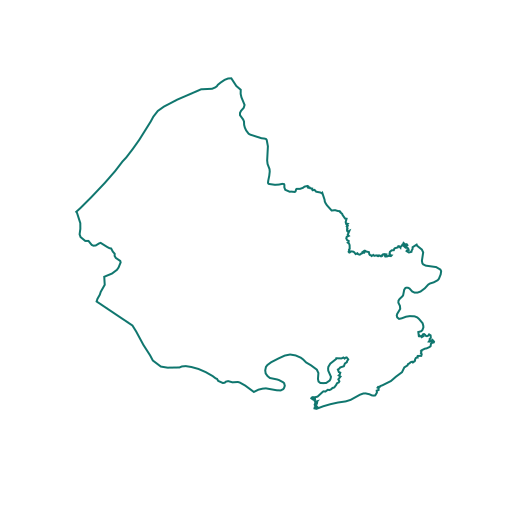 outline of Thoulakhom, Vientiane, Laos, rotated 247°
{"feature_id": "54806243B19850954629179", "entity_name": "Thoulakhom", "entity_type": "district", "adm_level": 2, "iso_a3": "LAO", "parent_name": "Laos", "parent_adm1": "Vientiane", "projection": "equal_earth", "projection_center": [102.616, 18.346], "detail": "fine", "context": "isolated", "style": "outline", "palette": "teal", "viewbox_px": 512, "rotation_deg": 247, "n_neighbors": 0, "source": "geoboundaries", "source_scale": "gbopen_adm2", "svg_char_len": 6093}
<svg xmlns="http://www.w3.org/2000/svg" viewBox="0 0 512 512"><g transform="rotate(247 256 256)"><path d="M183.3,142.0L183.3,144.6L182.1,148.3L179.1,153.1L174.5,158.9L168.7,164.4L162.4,169.2L159.2,171.0L158.1,172.1L155.8,172.4L152.0,175.9L151.6,177.7L152.1,179.2L151.7,181.5L148.9,185.0L147.1,190.1L145.9,191.6L141.0,195.4L131.7,200.9L132.0,206.0L131.3,210.3L130.3,213.4L124.3,222.6L122.6,226.2L122.8,229.1L123.6,230.3L125.3,231.8L127.9,232.2L129.2,231.6L132.8,228.7L134.1,227.2L138.3,221.1L141.0,219.7L144.1,219.0L147.1,219.8L150.0,221.8L151.2,223.9L152.3,228.5L152.9,236.6L153.1,243.6L152.0,248.9L149.0,253.6L144.9,257.5L142.3,259.0L138.5,260.5L133.9,263.9L127.6,267.6L123.9,267.7L118.6,265.0L116.0,264.5L114.0,265.6L112.7,268.2L111.7,271.0L112.6,275.2L113.7,276.5L115.5,277.8L122.2,277.7L124.2,278.4L125.7,279.3L127.9,282.3L129.9,289.6L130.5,290.0L128.3,294.7L128.4,296.8L127.0,297.5L127.4,298.7L127.2,299.8L124.8,300.5L123.4,298.5L122.7,298.1L122.3,295.8L120.2,293.8L120.5,290.0L119.7,288.4L119.5,287.0L116.8,286.9L115.7,288.0L114.2,286.8L113.7,285.5L112.0,286.7L110.3,283.6L108.1,283.8L107.3,282.8L107.2,280.8L106.1,279.6L104.5,276.8L104.4,275.8L104.7,274.9L104.0,273.3L103.9,271.2L104.8,269.8L104.1,266.9L105.0,265.4L105.0,264.7L102.5,257.7L103.0,254.9L104.0,252.8L103.8,251.8L103.4,251.3L101.8,252.3L101.9,253.7L101.3,254.5L100.9,254.4L100.1,253.3L99.4,253.7L98.7,253.5L98.4,255.5L97.3,253.2L96.8,253.3L96.8,254.7L96.2,254.3L96.6,252.3L96.2,251.9L95.8,251.9L95.3,252.7L93.4,253.3L93.3,252.4L94.0,252.0L93.9,251.0L92.9,250.3L91.7,251.9L91.4,259.2L90.5,266.7L89.1,274.2L87.1,281.8L86.6,286.9L87.7,297.5L87.5,301.1L86.7,303.2L84.4,306.4L82.4,308.2L81.4,310.0L81.1,311.3L83.0,313.9L84.9,314.5L84.7,316.4L86.4,317.3L87.3,316.5L87.8,317.3L87.2,318.9L87.7,319.6L87.6,321.9L88.2,331.4L90.2,337.6L92.0,345.0L95.5,349.0L96.1,352.7L97.1,353.7L97.2,355.2L97.8,356.8L97.7,358.2L96.7,358.7L96.7,359.1L97.3,359.4L97.0,360.6L97.5,361.5L98.5,361.9L99.6,363.2L99.7,364.4L99.4,365.1L100.6,365.5L100.8,365.9L99.5,369.1L100.9,370.2L102.1,369.8L103.2,370.9L104.1,370.7L104.5,371.4L104.7,375.3L104.3,376.9L104.4,380.0L104.7,381.4L106.9,382.8L107.1,383.7L108.0,384.7L107.1,385.2L107.0,385.9L107.6,386.4L109.9,385.6L109.2,383.5L109.3,382.4L109.7,381.7L110.5,383.0L111.7,383.4L112.0,384.5L112.6,385.0L114.7,385.7L116.2,384.7L115.4,383.4L115.4,382.0L116.6,380.7L117.3,380.9L118.5,380.2L118.7,379.2L118.2,378.5L116.8,378.5L116.6,377.1L117.7,377.3L117.6,376.2L118.5,374.6L118.8,374.6L119.1,375.4L120.1,375.0L122.6,375.7L122.2,378.7L122.8,380.2L124.9,382.2L126.3,382.7L129.0,383.1L134.5,381.4L136.5,380.4L138.5,378.4L140.6,374.0L141.5,370.4L141.7,365.8L142.2,363.1L144.3,362.0L146.2,362.3L147.5,363.3L151.0,368.1L153.9,369.0L157.4,368.8L159.2,369.7L160.3,371.3L161.8,375.2L162.4,376.1L167.1,379.3L168.2,381.1L168.0,382.3L167.3,383.6L166.1,384.6L162.3,385.9L160.3,387.7L159.2,390.4L159.0,393.6L160.3,398.8L162.4,403.4L162.7,405.4L162.3,409.4L162.7,413.7L163.5,415.4L166.9,418.8L169.7,420.5L171.5,420.4L175.4,417.5L180.8,408.5L183.0,406.6L184.2,406.3L186.7,406.8L194.0,411.3L197.1,411.2L202.5,408.3L203.7,408.3L202.9,403.6L201.2,402.8L200.3,401.5L199.1,400.7L199.5,398.1L201.7,396.5L202.2,397.0L201.9,398.9L203.4,399.0L204.4,398.6L205.1,397.0L207.3,396.0L207.7,396.6L206.4,398.4L206.8,399.6L208.0,399.3L208.3,397.9L210.3,396.9L209.3,396.0L209.3,395.2L208.5,394.4L208.0,392.7L207.2,392.2L209.1,391.5L209.4,390.8L208.5,389.8L208.9,386.9L208.7,386.2L207.5,385.1L208.2,383.1L207.5,380.9L205.8,379.7L205.5,380.0L204.5,379.7L203.6,381.0L203.2,380.1L204.3,378.3L204.4,376.4L205.0,374.8L205.9,374.7L206.0,376.4L206.5,376.7L207.6,374.9L207.9,373.5L207.5,372.5L206.9,372.2L207.3,371.5L206.9,370.9L208.4,369.7L208.6,369.1L208.1,368.7L208.1,368.3L208.6,367.8L209.0,368.0L209.6,366.9L209.9,365.1L211.1,364.4L210.8,363.9L211.0,363.5L210.8,362.4L211.9,362.0L212.3,361.3L213.2,361.0L215.5,361.4L217.4,358.7L218.0,358.7L218.5,357.9L218.2,356.6L217.8,357.3L217.1,357.4L216.7,356.9L217.3,355.7L217.0,354.9L217.1,353.8L216.7,352.6L216.8,351.8L218.0,350.5L218.9,350.4L218.8,348.5L221.2,347.8L222.1,347.1L223.1,345.3L222.6,343.5L222.9,343.1L223.7,342.9L225.0,344.2L225.6,344.2L226.1,345.1L229.4,346.4L231.2,346.5L232.3,345.8L232.4,346.4L233.6,347.2L235.0,346.1L237.0,346.0L238.2,347.0L238.3,349.3L239.7,348.7L242.7,351.8L242.6,350.0L243.4,349.7L244.6,350.0L245.3,350.9L246.2,350.7L247.1,351.6L247.9,351.2L248.4,352.4L249.6,351.8L249.9,352.8L250.7,351.6L252.2,351.8L254.9,353.9L255.7,352.6L260.0,351.7L261.1,351.8L263.4,350.6L263.9,350.9L264.6,350.5L265.3,349.1L267.3,346.7L268.3,343.4L275.0,341.1L277.3,340.7L279.2,340.6L281.0,341.1L288.2,341.7L287.9,341.1L289.2,340.2L291.7,336.5L294.0,335.7L294.4,333.8L295.3,333.7L296.1,334.1L297.2,332.3L297.8,332.3L298.4,330.7L298.9,330.6L299.5,331.4L300.3,330.9L300.9,327.8L300.4,325.8L300.6,322.8L301.9,319.6L301.7,319.0L300.0,317.6L299.8,316.7L301.5,313.6L302.0,312.1L305.5,308.8L308.1,308.9L310.3,309.9L311.2,309.9L312.1,308.5L312.8,305.0L314.1,301.3L317.3,296.0L318.0,295.6L318.8,295.7L320.4,296.6L324.6,299.5L328.3,301.6L330.7,302.4L336.2,302.6L339.6,303.6L352.3,309.8L358.6,311.2L359.8,310.9L360.7,309.8L362.3,307.0L369.9,298.2L371.4,297.0L375.4,296.0L378.5,295.9L381.3,296.3L384.5,297.5L386.6,297.5L391.9,296.3L394.0,297.2L395.5,299.0L397.2,302.6L399.5,304.5L407.8,304.6L411.2,305.2L415.0,306.9L420.2,304.3L429.2,302.7L430.3,299.7L430.4,296.0L429.5,291.3L428.5,287.8L427.5,286.2L427.1,284.2L427.1,280.9L430.9,270.6L430.7,244.6L429.5,229.6L427.9,222.3L424.4,216.0L420.9,211.6L408.6,194.0L402.8,184.6L397.4,175.1L395.2,170.1L389.2,159.5L382.3,145.3L374.5,127.4L368.7,113.0L366.9,107.8L365.7,108.1L354.9,107.1L349.6,104.9L344.9,102.1L342.0,101.9L336.6,104.7L335.3,107.7L330.4,109.1L329.0,110.4L328.3,112.6L328.9,116.5L328.8,118.1L322.5,122.5L320.5,124.1L319.5,125.6L316.0,125.9L313.3,126.8L311.3,125.9L309.0,126.2L304.5,129.1L303.0,128.9L299.1,125.0L297.6,122.6L296.1,116.6L296.2,108.2L288.6,105.5L283.7,99.1L281.4,97.1L278.5,93.3L276.4,91.5L240.3,115.1L233.3,116.2L218.2,117.6L205.9,119.7L200.1,120.2L191.4,125.2L187.8,130.9L183.3,142.0Z" fill="none" stroke="#0f766e" stroke-width="2"/></g></svg>